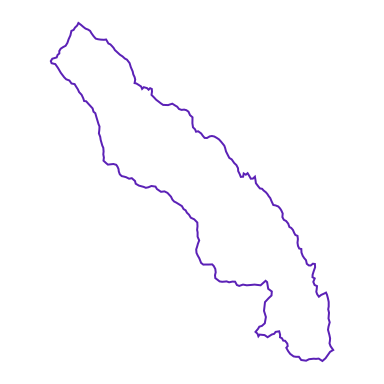 Chapada de Areia, Tocantins, Brazil (Equal Earth projection)
{"feature_id": "56859067B55527615433818", "entity_name": "Chapada de Areia", "entity_type": "district", "adm_level": 2, "iso_a3": "BRA", "parent_name": "Brazil", "parent_adm1": "Tocantins", "projection": "equal_earth", "projection_center": [-49.195, -10.166], "detail": "fine", "context": "isolated", "style": "outline", "palette": "violet", "viewbox_px": 384, "rotation_deg": 0, "n_neighbors": 0, "source": "geoboundaries", "source_scale": "gbopen_adm2", "svg_char_len": 4021}
<svg xmlns="http://www.w3.org/2000/svg" viewBox="0 0 384 384"><path d="M254.9,176.7L252.9,178.6L250.8,178.7L249.1,175.6L247.6,173.2L245.8,174.7L243.7,173.5L243.1,176.7L240.8,176.9L239.7,174.1L238.2,171.1L238.0,168.2L236.4,165.1L234.2,163.0L231.7,159.4L229.3,157.9L227.8,155.0L226.0,151.4L225.1,147.9L224.3,145.7L221.0,141.6L219.0,139.4L216.9,138.0L214.3,136.5L211.9,136.0L209.7,136.4L207.0,138.0L204.6,137.9L202.8,135.8L201.2,133.5L198.2,131.3L196.0,131.7L195.1,129.4L193.0,127.3L192.4,123.3L192.5,117.3L190.0,115.1L188.5,111.7L186.4,110.2L184.1,109.6L181.6,109.9L179.0,109.0L177.2,106.7L175.3,105.6L172.3,103.7L169.8,104.5L168.1,105.1L165.9,105.0L163.1,104.9L160.9,103.4L158.6,101.6L156.2,99.8L154.0,97.4L151.5,94.9L152.0,91.6L151.8,89.0L150.1,88.2L148.6,89.7L147.0,88.1L143.8,87.2L142.1,88.9L141.1,86.5L138.8,85.0L136.4,83.5L134.6,83.1L135.2,79.6L134.6,77.1L133.3,74.4L132.7,71.5L130.8,67.1L129.6,63.1L126.9,59.6L124.9,58.6L122.5,56.4L119.9,54.7L117.0,52.0L114.9,50.1L113.6,47.9L112.1,46.2L110.4,44.4L108.4,43.5L106.1,39.5L104.0,39.8L100.6,39.6L97.8,39.2L95.7,38.6L93.6,36.2L91.5,33.3L90.1,30.9L88.1,29.6L85.5,28.6L83.2,26.8L80.9,24.8L78.4,23.0L77.2,25.5L75.0,27.6L73.6,29.9L71.4,30.9L70.4,35.4L68.6,39.3L67.4,42.9L65.6,45.8L63.1,47.1L60.7,48.7L59.3,51.0L59.3,53.5L57.6,54.9L56.7,57.4L54.1,58.2L52.3,58.7L50.8,61.1L51.6,63.2L55.3,64.1L58.0,68.0L60.8,72.8L64.2,77.3L66.2,79.3L69.4,80.5L71.5,83.5L74.6,84.1L76.1,86.6L77.9,89.4L79.1,92.1L81.6,94.8L83.3,98.4L84.1,101.0L86.2,101.3L88.2,103.6L92.6,108.4L93.5,111.7L95.3,113.2L96.4,117.1L98.5,124.1L99.5,126.5L99.3,130.1L98.9,133.4L100.2,136.8L100.7,140.0L102.3,145.6L103.3,147.8L103.6,151.5L103.3,154.4L103.9,157.6L103.5,160.7L106.0,163.0L107.9,164.6L113.4,164.0L116.2,164.8L117.4,166.5L118.5,169.0L118.8,171.5L119.8,174.3L121.7,176.1L124.0,176.6L126.1,177.2L129.1,178.7L131.8,178.2L135.0,181.0L135.7,183.7L138.9,185.6L143.7,186.9L145.8,187.8L148.3,187.3L151.4,186.0L155.5,186.6L156.9,189.0L161.0,191.8L164.5,191.4L167.5,192.9L171.0,196.7L172.4,199.6L174.1,201.5L176.1,202.5L179.2,204.4L181.9,206.1L183.6,209.1L185.6,210.3L186.9,212.7L189.0,214.7L190.8,217.7L194.2,219.3L197.3,222.5L197.5,226.3L197.1,229.9L197.6,232.3L197.6,236.7L199.2,240.4L197.9,243.8L197.1,246.7L196.2,249.4L196.5,252.9L197.7,255.5L199.3,258.3L201.1,262.9L203.3,264.6L206.1,264.5L209.5,264.5L212.2,264.4L213.8,266.1L215.3,269.0L215.7,272.3L215.0,275.2L215.3,278.1L219.6,281.4L222.1,281.8L224.7,281.6L226.6,281.4L229.1,282.3L232.4,281.6L235.1,281.7L236.9,285.0L239.2,285.9L243.0,284.6L246.8,285.3L250.4,285.0L254.6,284.6L260.6,285.3L265.6,280.8L267.1,282.1L268.2,288.8L271.8,291.5L271.5,295.5L268.7,298.1L265.0,302.1L264.0,310.9L265.9,317.0L264.8,323.3L261.9,325.9L259.3,326.7L258.0,328.9L255.5,331.9L257.5,333.7L258.4,336.3L259.7,334.6L264.6,335.1L267.6,337.2L271.8,334.5L274.2,333.8L275.6,331.9L279.2,331.3L280.1,334.7L280.0,337.3L282.0,338.3L283.2,340.6L285.1,340.8L287.3,343.6L287.7,346.1L286.3,347.8L288.2,351.2L290.2,353.9L293.6,356.4L296.0,356.8L298.9,356.8L301.2,360.0L306.1,360.7L309.1,359.2L313.8,358.7L316.0,358.9L318.7,358.6L322.4,361.0L325.5,358.3L330.1,351.8L333.2,350.0L330.5,346.1L329.5,343.3L329.9,341.0L330.1,338.4L329.4,335.0L328.0,329.8L328.5,326.7L329.7,322.3L328.5,318.5L329.0,312.7L328.2,309.3L328.7,306.5L328.7,302.0L328.0,298.6L327.0,294.8L326.0,292.6L324.3,293.5L321.2,294.9L318.9,296.7L317.2,294.3L316.3,291.8L316.7,289.1L317.0,286.1L314.6,285.0L313.3,281.9L314.7,278.4L312.5,277.2L312.6,274.8L313.6,271.5L315.1,267.2L314.9,264.0L312.9,263.7L310.7,265.5L308.8,265.4L306.8,263.8L306.0,260.2L304.2,258.1L302.7,255.8L301.5,252.6L301.3,249.0L299.2,248.5L298.0,245.9L297.5,242.8L297.9,239.1L297.5,235.9L295.3,234.9L294.2,232.9L292.9,229.9L291.2,227.9L289.4,227.0L288.2,223.6L286.1,221.0L283.8,219.8L282.4,217.1L282.7,213.5L281.3,210.4L280.1,208.5L278.3,206.5L275.5,205.4L273.3,205.0L271.7,201.6L270.2,198.0L268.8,196.3L267.5,194.2L265.9,192.3L263.5,190.4L262.1,188.8L259.9,188.4L258.2,186.3L255.9,183.2L255.5,180.2L254.9,176.7Z" fill="none" stroke="#5b21b6" stroke-width="2"/></svg>